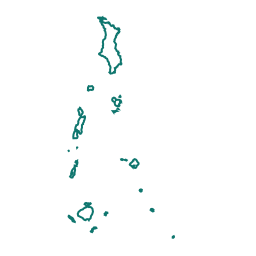 the district of Maluku Barat Daya, Maluku, Indonesia, rotated 96°
{"feature_id": "22746128B88480653802061", "entity_name": "Maluku Barat Daya", "entity_type": "district", "adm_level": 2, "iso_a3": "IDN", "parent_name": "Indonesia", "parent_adm1": "Maluku", "projection": "robinson", "projection_center": [127.795, -7.318], "detail": "fine", "context": "isolated", "style": "outline", "palette": "teal", "viewbox_px": 256, "rotation_deg": 96, "n_neighbors": 0, "source": "geoboundaries", "source_scale": "gbopen_adm2", "svg_char_len": 5975}
<svg xmlns="http://www.w3.org/2000/svg" viewBox="0 0 256 256"><g transform="rotate(96 128 128)"><path d="M65.1,141.3L64.3,141.4L63.5,142.2L60.7,142.1L58.9,143.1L57.4,143.1L56.8,144.5L55.9,145.4L54.9,145.6L54.3,145.0L53.9,145.7L53.0,145.7L53.0,146.3L52.4,147.4L51.1,148.0L50.2,149.0L45.9,148.6L43.4,150.8L42.0,150.4L41.5,150.6L38.7,149.4L38.3,149.7L37.6,149.6L36.9,148.9L36.0,149.1L35.5,148.8L35.0,147.8L34.6,148.1L34.2,148.1L33.6,146.8L33.0,146.6L32.3,147.2L31.8,147.1L31.1,148.1L31.1,148.8L30.0,151.1L30.3,151.5L30.2,151.7L29.4,152.0L29.1,152.5L27.6,153.0L27.4,153.8L28.3,154.7L28.0,155.7L25.9,157.3L25.9,157.9L25.3,157.7L24.9,158.3L25.2,158.8L25.0,158.6L25.9,161.3L25.5,163.7L24.2,165.4L24.0,166.4L24.5,166.9L24.9,166.8L24.9,166.2L25.3,165.7L26.2,165.6L27.3,164.8L27.9,164.7L28.2,164.0L28.8,163.3L29.9,162.8L30.7,162.8L31.9,161.1L32.2,161.4L33.5,161.5L33.9,160.9L34.9,160.5L37.9,159.7L39.6,160.1L40.8,159.9L41.9,160.5L43.1,161.8L45.4,162.0L46.5,161.6L48.3,161.4L48.8,161.7L50.6,161.2L52.4,162.3L53.4,162.4L54.2,162.0L55.0,162.1L57.1,164.5L57.7,164.4L59.1,161.4L58.8,160.8L59.6,159.5L59.9,158.1L60.7,157.7L61.3,156.1L61.9,155.7L63.5,155.2L64.0,154.4L64.5,154.3L64.9,153.9L66.2,153.4L66.7,153.6L68.5,152.1L69.7,151.7L71.8,151.9L73.8,151.6L74.6,152.3L75.7,151.1L75.2,149.3L74.7,148.5L74.0,148.1L74.4,147.1L74.2,146.8L72.9,147.1L72.6,146.9L71.6,146.8L69.8,147.4L69.3,146.1L68.5,145.9L68.1,145.0L67.2,144.9L66.8,144.4L65.6,143.8L65.3,142.8L65.6,141.7L65.1,141.3ZM214.9,154.1L212.1,154.9L210.9,156.1L210.5,157.5L210.8,158.6L210.2,160.3L211.2,161.1L211.3,162.0L211.7,162.2L212.7,163.8L213.6,164.3L214.6,166.5L215.9,167.6L216.4,168.3L218.6,169.0L220.5,168.4L222.2,163.8L222.8,163.0L223.4,162.7L224.0,161.4L224.1,160.5L223.2,159.9L222.9,158.8L222.9,158.0L223.7,157.3L223.1,157.1L221.8,155.8L219.5,155.6L217.5,154.6L214.9,154.1ZM122.2,171.8L121.1,172.0L120.8,172.3L120.9,172.7L121.9,173.5L122.0,175.2L122.4,176.3L123.6,177.1L125.8,178.0L126.9,178.2L128.0,177.9L129.9,178.3L130.5,179.1L130.6,179.7L131.7,179.9L132.7,180.3L134.8,180.4L135.1,178.7L136.0,178.0L136.2,176.7L138.0,175.8L138.7,175.1L138.7,174.5L137.4,173.7L136.4,173.6L135.6,174.0L134.2,174.2L132.4,173.8L130.0,174.1L129.3,173.8L128.9,173.1L127.8,173.2L126.4,172.5L125.3,172.6L124.8,172.2L122.2,171.8ZM162.6,113.7L161.7,113.9L160.6,115.2L159.1,116.2L158.5,117.1L158.3,118.2L159.2,119.3L160.0,119.2L160.3,119.8L161.0,120.0L163.2,122.1L164.3,122.4L164.7,122.0L165.0,121.1L166.4,119.4L165.6,119.5L164.7,118.4L164.7,118.0L165.4,118.3L166.2,117.9L166.9,117.3L166.9,116.2L165.8,115.5L164.6,115.6L164.2,114.7L162.6,113.7ZM102.6,138.1L102.2,137.7L101.4,138.2L100.9,139.7L101.1,142.0L101.6,143.0L100.2,143.4L99.4,144.4L99.3,145.3L100.1,146.4L101.5,146.7L102.4,146.4L103.3,145.1L103.5,143.7L105.0,143.8L106.5,143.1L107.1,142.2L107.4,140.8L107.1,140.3L107.3,139.3L106.7,138.9L106.0,139.6L105.1,139.4L104.5,138.7L103.6,138.7L103.4,137.9L102.9,138.5L103.2,138.6L103.0,138.8L102.2,138.7L102.3,138.2L102.6,138.1ZM143.2,177.5L141.8,177.2L140.1,178.0L138.9,178.0L137.0,177.5L137.2,178.2L136.4,180.3L137.0,180.8L139.9,181.5L142.5,181.5L143.9,181.2L143.5,178.0L143.2,177.5ZM175.3,176.2L173.5,176.7L173.0,177.2L175.2,178.8L177.0,179.5L178.6,179.7L178.3,178.6L179.3,178.5L180.6,179.7L182.4,180.5L182.7,179.8L183.1,179.5L183.2,178.7L183.0,178.0L181.4,177.5L179.9,176.3L178.0,176.5L175.3,176.2ZM117.6,174.6L116.3,174.9L115.9,175.5L115.2,175.7L114.3,176.9L113.1,177.5L112.9,178.0L114.3,178.4L114.6,179.2L115.8,179.3L118.6,177.8L119.2,178.1L120.3,177.5L120.5,176.8L120.1,175.8L117.6,174.6ZM93.3,166.8L91.3,166.8L90.1,168.1L90.7,170.5L90.5,171.4L91.9,172.0L94.7,171.8L94.9,171.1L94.3,170.7L93.9,169.7L94.0,167.9L93.6,167.7L93.3,166.8ZM226.5,173.3L227.0,171.1L226.7,171.1L225.6,172.4L224.6,172.7L223.3,173.8L222.2,176.4L221.5,177.2L221.5,177.7L222.4,177.8L223.5,176.7L224.9,174.2L226.5,173.3ZM207.0,157.2L206.7,157.6L207.0,158.2L207.3,158.2L207.4,158.7L207.0,159.4L207.2,160.1L206.9,161.9L207.4,162.8L208.3,163.2L209.6,160.9L209.4,160.1L208.7,159.8L208.7,158.9L208.5,158.4L207.8,158.2L207.5,157.4L207.0,157.2ZM21.4,164.2L21.1,164.2L21.0,164.8L20.7,164.9L21.0,165.2L21.2,168.6L21.4,169.3L21.5,169.3L22.8,166.8L22.7,165.8L21.9,165.2L21.4,164.2ZM208.1,94.0L207.1,94.4L206.7,94.1L206.3,94.5L205.9,95.6L206.1,96.5L206.4,96.6L206.2,96.0L206.5,95.8L206.4,96.3L207.1,96.8L207.7,96.2L208.4,94.6L208.1,94.0ZM214.8,139.6L214.3,139.7L214.1,141.2L215.2,141.7L215.6,142.2L216.1,141.9L216.8,142.1L217.2,141.0L216.8,140.8L216.0,141.2L215.6,141.0L214.8,139.6ZM189.5,107.9L188.0,107.8L187.7,108.7L188.2,109.7L188.8,109.9L189.6,109.3L189.9,108.5L189.5,107.9ZM234.1,152.2L233.2,152.5L232.6,152.2L232.1,152.9L232.5,153.2L233.5,153.0L234.7,154.2L235.0,154.0L235.3,152.8L234.1,152.2ZM230.8,149.0L230.2,149.6L230.3,150.7L230.8,151.0L230.7,151.6L231.9,151.8L231.2,149.6L230.8,149.0ZM113.1,143.3L112.3,140.8L112.0,141.5L112.6,142.9L112.8,144.9L113.8,144.0L113.6,144.0L113.8,143.6L113.7,143.2L113.4,143.4L113.1,143.3ZM169.8,175.0L169.7,175.2L170.9,175.7L171.2,176.5L171.0,177.1L171.7,177.1L171.8,176.4L171.3,176.1L171.2,175.1L170.4,175.3L169.8,175.0ZM166.9,175.2L166.0,175.2L166.6,176.0L166.5,176.3L167.5,176.7L167.8,176.4L167.9,176.0L167.1,175.7L166.9,175.2ZM231.3,70.9L230.8,71.2L231.4,72.1L232.4,72.1L232.5,71.7L231.9,71.0L231.3,70.9ZM159.8,130.0L159.5,130.8L159.9,131.6L160.3,131.4L160.5,130.4L160.3,130.1L159.9,130.5L159.8,130.0ZM160.1,127.8L160.5,126.1L160.2,125.9L159.7,127.0L160.1,127.8ZM97.9,138.7L97.3,138.8L96.9,139.2L97.9,139.8L98.1,139.0L97.9,138.7ZM30.7,147.0L29.9,147.5L29.9,148.0L30.9,147.7L30.7,147.0ZM21.7,163.0L21.9,162.7L21.9,161.6L21.6,161.8L21.4,162.7L21.7,163.0ZM110.1,139.6L109.7,140.0L109.7,140.4L110.0,140.5L110.1,139.6ZM157.5,185.1L157.1,184.5L156.9,183.8L156.8,184.7L157.5,185.1ZM22.0,164.2L21.9,164.8L22.3,165.2L22.0,164.9L22.3,164.8L22.0,164.6L22.3,164.3L22.0,164.2ZM152.9,176.6L152.6,176.4L152.0,176.7L152.6,176.7L152.9,176.6ZM168.1,174.7L168.2,174.9L168.8,174.8L168.5,174.7L168.1,174.7Z" fill="none" stroke="#0f766e" stroke-width="2"/></g></svg>